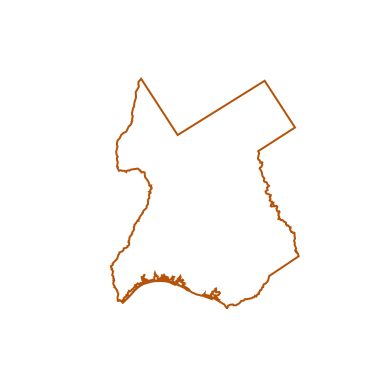 the State of Texas, rotated 57°
{"feature_id": "USA-3536", "entity_name": "Texas", "entity_type": "State", "adm_level": 1, "iso_a3": "USA", "parent_name": "United States of America", "parent_adm1": "", "projection": "natural_earth1", "projection_center": [-98.169, 31.172], "detail": "fine", "context": "isolated", "style": "outline", "palette": "amber", "viewbox_px": 384, "rotation_deg": 57, "n_neighbors": 0, "source": "natural_earth", "source_scale": "10m", "svg_char_len": 6153}
<svg xmlns="http://www.w3.org/2000/svg" viewBox="0 0 384 384"><g transform="rotate(57 192 192)"><path d="M72.8,178.6L70.5,176.8L69.4,173.0L136.4,173.0L138.3,70.5L194.0,70.5L193.8,114.3L196.0,114.6L199.7,118.4L201.1,118.7L202.2,118.0L204.6,118.8L205.1,117.1L205.6,116.9L206.3,117.8L207.4,118.1L208.7,120.1L208.6,121.8L209.0,122.4L212.7,122.5L217.4,124.3L219.9,123.9L221.7,125.7L223.0,125.6L224.4,124.2L226.9,124.5L228.8,124.0L229.1,126.8L231.6,127.5L231.5,129.9L232.1,130.3L233.7,130.4L237.4,127.6L238.1,127.9L238.4,129.6L240.6,129.9L241.2,131.4L242.6,131.2L243.6,130.2L244.3,130.7L245.3,129.5L246.0,130.4L245.5,132.3L246.6,133.7L247.5,133.3L248.2,131.4L247.9,130.6L248.9,130.7L249.5,128.8L250.5,128.4L251.3,128.8L252.0,130.3L253.9,130.9L255.0,130.7L255.7,129.3L256.6,129.6L257.0,131.1L258.2,131.6L258.6,132.3L260.2,132.3L261.7,134.2L262.2,133.8L262.4,132.8L264.0,132.8L265.0,131.3L267.0,131.0L268.9,129.8L270.3,130.8L271.8,130.7L272.0,129.8L274.7,129.2L275.2,128.5L276.1,129.1L276.1,129.8L277.1,130.3L279.7,130.4L280.1,129.8L281.3,129.6L281.5,128.6L282.2,128.3L285.7,130.5L286.9,130.7L288.6,133.0L290.8,133.5L291.7,134.5L296.2,135.5L296.9,136.8L297.8,136.8L297.7,137.4L298.8,137.5L299.3,136.7L300.5,137.1L301.3,136.7L304.0,137.6L304.5,173.1L307.1,175.7L308.3,177.8L308.8,179.7L308.5,182.3L310.5,184.1L310.2,185.0L311.9,187.3L311.5,188.5L312.4,189.5L312.9,191.3L313.9,191.4L313.7,193.6L314.6,194.9L313.4,195.6L314.2,197.1L313.5,198.2L313.5,200.0L311.5,205.0L310.7,205.7L311.2,207.9L310.2,210.1L311.1,212.6L311.0,216.8L309.5,219.0L308.5,219.0L307.2,221.7L307.1,223.8L308.2,225.0L308.5,225.7L308.2,226.1L303.9,226.2L293.6,231.2L291.6,233.1L291.1,232.8L292.7,230.9L295.0,229.5L296.4,229.5L296.7,228.6L296.3,228.9L295.3,228.4L291.2,229.4L291.1,229.0L291.6,229.1L292.4,227.5L292.8,225.6L292.0,223.6L290.7,223.6L289.4,226.3L288.6,226.5L288.2,225.7L286.1,224.4L285.9,225.2L287.3,226.1L286.8,226.8L287.4,227.6L286.7,229.1L288.8,230.1L287.8,230.8L288.2,231.8L288.7,231.9L288.7,231.4L289.2,232.3L290.5,232.9L289.2,232.9L288.8,234.3L288.1,234.2L285.0,237.5L284.0,236.7L284.3,237.5L284.2,240.4L280.3,244.0L275.9,246.9L274.3,247.5L271.9,247.6L269.3,248.6L269.6,250.0L273.7,248.0L271.5,249.5L268.3,250.7L264.3,253.1L265.4,252.0L268.7,250.3L268.7,249.6L267.9,249.4L264.2,250.9L265.9,250.0L264.4,249.9L264.9,248.5L263.4,248.9L263.5,248.6L261.9,249.8L261.1,248.6L261.2,247.6L260.6,247.6L260.1,246.9L260.4,248.1L260.9,248.0L260.6,249.6L261.5,250.0L260.4,250.7L259.2,251.1L260.1,250.7L260.0,249.8L259.3,250.3L259.1,249.6L258.0,249.5L257.5,248.0L256.2,247.6L257.1,249.9L257.0,251.1L258.7,251.8L259.2,252.6L258.0,253.2L258.1,253.6L259.5,253.0L260.8,253.8L260.9,254.4L256.2,257.0L255.3,256.6L255.1,255.2L254.5,254.9L253.5,253.3L253.1,253.8L254.0,254.9L252.6,254.8L253.8,256.7L253.4,257.9L253.7,258.8L251.9,260.9L250.7,261.4L251.3,259.8L251.1,259.4L251.3,258.3L250.4,259.4L250.7,259.9L250.2,261.2L249.3,261.1L249.4,259.5L247.6,260.8L246.4,260.7L246.7,261.2L245.6,262.6L246.7,263.3L246.8,264.2L247.7,262.7L249.0,261.6L249.3,262.0L249.1,263.5L246.2,268.0L245.3,268.3L245.7,268.1L244.6,267.0L243.0,267.5L243.2,267.0L240.9,267.5L239.8,267.2L240.5,268.0L242.3,267.8L242.7,269.9L244.8,271.2L241.9,279.5L240.1,280.7L239.5,280.5L240.4,279.9L240.1,279.5L241.0,279.3L240.5,279.1L240.5,278.0L237.8,280.3L236.1,277.4L235.1,276.4L236.6,279.3L236.3,279.9L237.1,280.0L236.5,280.6L235.1,280.3L239.1,281.7L241.7,281.1L241.0,283.1L241.3,284.1L240.3,284.8L240.6,286.6L239.1,287.2L239.4,289.0L240.6,289.9L240.4,290.3L239.4,289.4L239.1,290.8L240.4,291.9L241.8,298.5L241.6,298.0L240.8,298.6L241.4,298.8L241.3,300.3L242.7,301.4L242.6,302.2L243.3,302.1L242.9,303.4L243.8,303.9L243.5,304.4L243.9,307.1L245.8,307.8L245.6,308.4L245.1,308.3L244.9,309.9L245.3,310.3L246.1,309.7L246.4,308.3L246.9,308.2L247.2,310.5L244.7,310.8L243.9,311.7L243.6,311.4L243.0,311.9L243.2,313.3L242.8,313.5L239.9,311.9L237.3,309.2L235.2,309.0L234.6,308.5L230.6,308.5L229.6,309.0L229.2,308.3L226.6,308.2L225.1,307.4L224.4,306.3L223.7,306.2L223.8,305.5L222.7,305.0L222.2,304.8L221.9,305.2L219.8,303.9L218.4,304.3L215.6,301.4L213.9,301.5L213.2,301.0L212.9,301.3L212.6,300.8L211.7,301.0L209.9,300.3L210.2,298.9L209.7,297.9L208.8,297.6L207.2,291.0L204.6,288.0L204.4,286.8L203.2,285.8L203.8,282.4L203.4,281.1L202.1,280.0L203.0,277.4L202.9,275.9L202.3,275.7L202.2,273.7L200.6,272.4L199.8,272.7L199.4,272.1L198.7,272.1L198.0,270.6L196.2,269.4L195.2,267.4L195.3,266.4L194.4,265.5L194.4,264.8L193.3,264.1L192.0,261.1L189.5,259.7L189.2,258.7L187.9,258.0L187.9,256.7L186.4,253.4L187.1,252.6L185.9,252.0L185.6,250.5L184.8,250.0L183.9,248.1L183.1,245.3L182.5,245.1L182.5,244.4L181.4,243.2L180.6,238.8L178.9,237.5L178.3,235.6L174.3,232.8L173.8,231.0L170.5,229.3L170.1,227.3L168.6,227.8L168.8,226.7L167.8,226.2L166.9,223.7L166.1,223.9L165.7,223.4L164.3,223.9L164.6,223.2L164.3,222.8L163.9,223.5L162.7,223.8L159.4,222.9L153.7,223.2L149.8,221.1L148.8,221.9L148.1,223.7L146.1,223.6L145.5,224.2L145.1,223.9L142.8,224.7L139.9,231.2L139.9,233.1L139.1,233.6L138.7,235.4L139.5,236.2L137.1,237.4L136.4,238.8L134.8,240.2L134.5,241.6L131.1,241.4L131.0,240.8L130.4,240.5L129.5,240.8L126.5,237.9L124.2,237.5L122.4,236.2L122.1,235.2L119.4,234.8L117.0,233.7L113.1,229.5L111.8,229.5L109.8,228.0L108.2,226.2L107.6,223.5L105.5,220.0L105.2,217.4L105.6,214.3L102.5,209.2L102.4,207.3L101.0,204.7L100.1,204.5L99.7,203.2L98.2,202.5L96.1,200.3L95.2,200.4L93.1,199.3L89.6,195.8L89.0,194.2L85.7,191.7L82.2,187.4L77.6,184.9L74.9,179.5L73.6,178.5L72.8,178.6ZM246.8,270.2L248.4,267.9L248.8,268.0L246.3,272.2L244.8,275.8L243.1,281.7L242.2,281.9L242.7,279.2L245.1,272.9L244.9,272.1L245.8,272.7L246.8,270.2ZM246.0,303.6L246.6,307.6L244.8,299.2L242.9,293.5L243.0,292.3L242.2,291.0L242.1,284.2L242.3,282.7L242.6,282.4L242.6,288.7L243.2,292.7L246.0,303.6ZM260.4,255.3L260.9,255.5L260.6,256.8L255.2,260.1L252.7,262.7L253.4,261.2L253.3,260.0L255.1,259.4L258.8,256.6L260.1,256.5L260.4,255.3ZM290.2,233.3L292.3,233.9L285.0,239.4L285.6,238.4L290.4,234.2L290.2,233.3ZM251.9,261.3L252.6,261.5L252.5,262.7L249.0,267.7L249.1,266.6L250.5,264.4L250.2,264.1L251.9,261.3ZM261.5,255.0L262.6,253.8L264.1,253.1L263.1,254.1L261.5,255.0Z" fill="none" stroke="#b45309" stroke-width="2"/></g></svg>